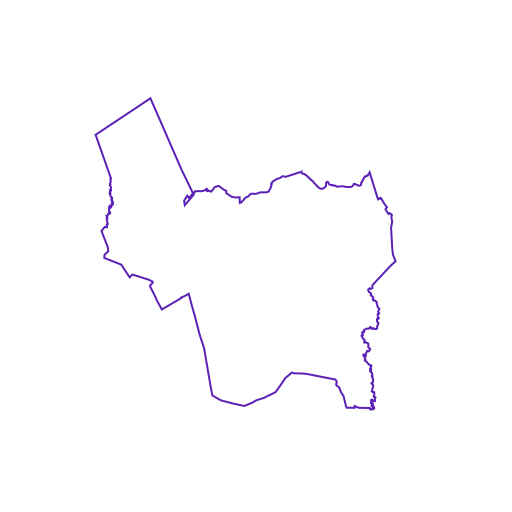 Ziemera pag., Aluksne, Latvia (Robinson projection), rotated 248°
{"feature_id": "27541924B47262508870968", "entity_name": "Ziemera pag.", "entity_type": "district", "adm_level": 2, "iso_a3": "LVA", "parent_name": "Latvia", "parent_adm1": "Aluksne", "projection": "robinson", "projection_center": [27.036, 57.508], "detail": "fine", "context": "isolated", "style": "outline", "palette": "violet", "viewbox_px": 512, "rotation_deg": 248, "n_neighbors": 0, "source": "geoboundaries", "source_scale": "gbopen_adm2", "svg_char_len": 6063}
<svg xmlns="http://www.w3.org/2000/svg" viewBox="0 0 512 512"><g transform="rotate(248 256 256)"><path d="M135.4,169.3L127.7,179.6L121.3,189.0L121.4,197.8L122.1,202.3L121.4,211.0L121.7,212.2L122.4,223.0L126.9,230.2L132.0,237.7L133.3,242.3L133.7,242.9L133.7,243.4L134.6,245.4L133.0,247.3L129.4,255.6L127.5,259.1L111.8,283.2L109.9,283.8L108.7,283.6L107.8,283.0L107.5,282.5L106.6,282.2L105.6,282.2L104.0,283.4L102.5,284.0L98.7,283.7L93.4,284.7L82.4,283.1L81.4,283.2L78.3,290.6L79.9,291.4L76.7,294.5L72.5,304.4L72.1,304.6L71.7,304.3L70.7,304.7L70.9,305.3L70.6,305.8L70.9,306.3L70.5,306.7L70.8,307.0L70.2,307.5L70.8,307.8L70.5,308.3L70.6,308.6L72.5,308.8L72.8,308.5L72.5,307.8L73.6,306.9L73.9,307.1L73.7,307.5L74.1,308.1L75.0,309.1L75.3,309.1L76.2,308.4L75.7,307.9L75.9,307.7L76.4,307.5L77.2,307.7L77.2,308.0L77.7,308.6L79.1,308.6L79.4,309.1L79.4,309.6L79.2,310.0L77.6,310.0L77.6,311.0L76.8,311.8L77.3,312.3L78.4,312.4L80.2,313.8L80.8,313.4L81.3,312.5L81.7,312.4L82.0,312.5L82.5,313.3L83.0,313.6L84.9,314.5L85.7,314.5L86.2,313.0L87.1,312.7L87.2,313.1L89.0,313.8L90.3,315.2L92.2,316.2L93.1,316.2L94.5,315.3L95.1,315.8L95.0,316.8L95.3,317.1L97.9,318.5L99.2,318.2L100.4,318.8L100.5,318.4L100.9,318.3L101.8,318.6L102.4,319.5L103.6,319.4L104.2,319.7L105.7,319.0L106.2,318.6L106.8,318.6L107.4,319.2L107.0,319.9L107.3,320.1L107.7,319.6L108.6,319.4L108.8,319.7L108.6,320.3L108.8,320.6L110.1,320.9L111.1,321.9L111.4,321.9L111.6,321.2L112.5,320.4L115.1,319.3L116.4,319.1L118.2,317.7L118.8,317.9L119.3,318.8L119.6,318.9L124.1,318.3L124.3,318.7L123.1,319.2L122.1,320.3L122.4,320.7L124.0,320.7L124.4,321.0L124.7,322.0L126.1,323.0L126.3,324.1L125.4,324.8L126.6,326.9L127.7,326.8L128.7,326.2L129.8,326.0L131.1,326.8L132.9,327.2L133.4,327.0L133.9,326.2L134.8,325.5L135.2,324.0L135.8,324.0L136.3,324.4L136.6,324.9L137.2,325.2L138.2,325.1L138.6,324.6L139.5,324.3L142.5,323.9L142.9,324.3L142.6,325.3L142.7,325.6L145.1,325.7L145.7,326.2L145.6,326.8L145.0,327.6L145.1,327.9L146.9,328.4L147.1,329.5L147.0,330.1L147.3,331.1L146.2,333.9L146.3,334.2L147.2,334.7L147.4,335.1L146.7,335.7L144.7,336.5L144.7,337.2L145.2,337.6L143.6,339.0L143.2,340.4L143.3,340.7L144.1,341.5L145.7,342.2L146.9,343.6L147.5,343.8L147.8,344.3L148.7,344.3L150.0,343.7L152.2,344.6L152.7,345.4L152.6,345.7L152.0,346.0L152.0,346.3L152.6,346.6L154.6,346.4L156.4,347.0L157.0,347.8L156.5,348.3L156.7,348.7L158.1,348.4L158.8,348.5L159.8,349.4L160.2,350.2L160.8,350.6L162.6,349.8L163.3,349.9L163.8,349.7L165.2,350.1L166.8,350.1L168.0,350.7L170.1,349.6L170.4,349.4L170.4,348.6L171.3,348.1L172.5,348.1L173.2,349.0L174.0,349.2L175.2,348.7L176.4,347.7L176.9,347.9L177.3,348.5L178.4,348.5L179.5,348.1L180.1,347.3L182.6,347.2L183.2,348.3L183.5,349.3L182.5,350.0L182.7,352.0L185.3,352.9L196.0,376.0L198.7,382.8L198.8,383.4L206.1,383.5L211.8,385.1L231.8,391.9L236.7,395.1L238.7,395.4L242.6,396.6L242.7,397.1L243.6,397.4L245.8,395.9L245.3,394.7L246.8,394.2L250.9,393.6L252.1,395.7L256.7,394.5L262.9,393.5L262.7,392.7L263.3,392.6L262.7,390.5L263.6,390.4L291.0,392.7L290.0,391.5L289.6,390.6L288.7,389.8L288.7,388.9L289.0,388.7L289.0,388.4L288.5,387.1L288.9,386.5L288.2,386.0L288.2,385.6L287.6,385.1L287.3,384.3L286.2,383.5L285.8,382.6L284.6,381.7L284.4,381.4L284.5,381.0L282.6,380.0L282.3,379.2L282.3,378.7L282.4,378.2L283.8,376.4L285.1,375.4L286.2,373.8L285.0,372.3L284.5,371.1L284.5,369.8L284.7,368.9L286.1,365.8L288.2,362.5L290.0,357.0L291.8,355.6L292.1,354.2L292.4,353.9L293.1,353.8L293.5,352.4L294.7,351.0L295.4,350.6L297.4,350.6L298.1,350.0L298.0,349.0L297.7,348.5L294.9,347.2L294.1,346.1L293.5,344.2L293.6,342.2L294.3,341.0L296.3,339.5L297.1,339.1L298.1,339.0L299.4,338.2L300.5,338.0L301.9,337.2L304.2,336.7L305.3,336.0L305.6,335.5L307.0,335.3L307.6,334.8L309.4,334.2L309.6,333.8L311.3,333.2L314.5,331.0L314.7,330.2L315.3,329.8L316.8,329.3L317.1,329.5L317.0,329.0L317.6,324.8L317.5,324.4L318.3,313.0L319.4,311.7L319.9,310.7L319.9,309.3L319.3,308.1L319.6,303.9L318.9,300.0L318.3,298.5L317.2,297.2L317.0,297.6L314.7,296.0L313.0,294.4L310.9,291.7L311.2,289.3L313.4,283.9L313.6,279.1L315.5,275.1L315.5,274.4L315.4,273.5L314.2,271.5L314.1,269.1L313.9,267.6L312.5,265.3L311.3,262.5L311.2,260.9L316.6,262.8L318.0,258.8L319.9,255.8L325.3,252.0L327.6,252.8L329.2,251.2L334.8,247.8L335.3,245.2L335.1,242.9L333.5,240.8L333.2,239.6L332.5,238.6L333.0,237.8L334.5,236.7L334.5,236.2L334.2,235.8L334.4,235.0L334.6,234.8L335.3,234.7L336.3,235.6L336.8,235.4L336.3,233.6L336.1,232.0L336.9,228.4L337.7,227.2L338.8,223.5L338.3,222.9L336.0,220.9L329.8,209.0L334.2,210.1L337.7,214.9L334.8,215.6L336.9,219.3L337.6,221.1L363.7,219.3L441.8,217.2L441.7,216.5L441.2,216.6L441.5,216.0L428.5,152.7L382.2,150.6L382.3,150.1L382.0,149.9L379.4,149.2L379.2,148.7L378.0,148.2L377.5,147.5L376.8,147.8L376.0,147.0L373.8,147.3L372.7,146.6L371.2,146.3L371.1,146.2L371.5,145.7L371.1,145.7L370.3,145.1L370.5,144.7L369.7,144.4L369.4,144.0L368.5,144.5L368.3,144.4L368.2,143.8L367.4,143.9L367.0,143.6L366.1,143.6L363.9,144.3L363.7,144.1L363.9,143.8L363.4,143.5L362.9,143.8L362.7,143.4L362.4,143.6L361.5,142.9L361.1,143.4L360.3,143.0L359.8,143.5L359.3,143.6L359.0,143.3L359.7,143.1L359.9,142.9L359.1,142.3L358.9,142.8L358.5,142.9L358.3,141.8L357.2,142.2L357.1,141.4L357.3,141.1L357.1,140.4L356.7,140.7L355.5,140.1L355.3,139.3L355.8,139.6L357.2,139.2L356.8,138.3L356.5,138.1L355.5,138.3L355.2,137.8L354.4,137.6L354.2,137.4L354.3,137.2L353.5,136.8L351.6,136.5L351.2,136.6L351.2,137.0L350.4,136.9L349.9,135.9L350.0,135.7L350.7,135.9L350.8,135.6L350.7,135.0L349.4,133.9L349.1,133.5L349.2,133.0L348.3,132.7L348.6,132.4L347.3,132.4L346.8,132.6L346.6,132.4L347.2,132.0L346.6,131.5L345.9,131.6L345.3,131.1L341.3,130.6L341.1,129.4L339.4,129.0L338.5,128.5L338.9,128.0L339.6,126.6L337.1,122.1L319.8,121.9L315.7,120.8L314.0,116.1L311.0,114.6L298.5,127.8L283.5,130.9L285.1,134.5L274.0,147.9L270.9,150.5L270.1,150.3L269.6,149.6L268.5,146.9L267.6,146.4L253.9,147.5L253.2,147.3L241.7,148.7L245.0,171.1L245.5,171.4L245.4,171.5L245.7,175.7L246.2,179.5L232.1,177.7L224.0,176.9L204.3,174.3L189.9,173.3L152.1,165.1L143.0,163.3L135.4,169.3Z" fill="none" stroke="#5b21b6" stroke-width="2"/></g></svg>